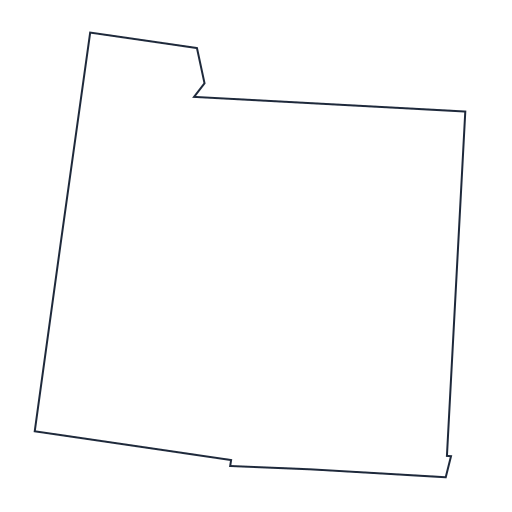 the district of Miami, Ohio, United States of America, rotated 184°
{"feature_id": "52423323B70548517333003", "entity_name": "Miami", "entity_type": "district", "adm_level": 2, "iso_a3": "USA", "parent_name": "United States of America", "parent_adm1": "Ohio", "projection": "orthographic", "projection_center": [-84.249, 40.04], "detail": "fine", "context": "isolated", "style": "outline", "palette": "slate", "viewbox_px": 512, "rotation_deg": 184, "n_neighbors": 0, "source": "geoboundaries", "source_scale": "gbopen_adm2", "svg_char_len": 321}
<svg xmlns="http://www.w3.org/2000/svg" viewBox="0 0 512 512"><g transform="rotate(184 256 256)"><path d="M51.3,48.5L47.5,69.9L51.6,69.9L57.3,414.7L328.9,410.4L319.4,424.7L329.4,459.3L437.0,467.3L451.7,255.5L464.5,65.7L266.6,50.7L267.1,44.7L186.2,47.0L51.3,48.5Z" fill="none" stroke="#1e293b" stroke-width="2"/></g></svg>